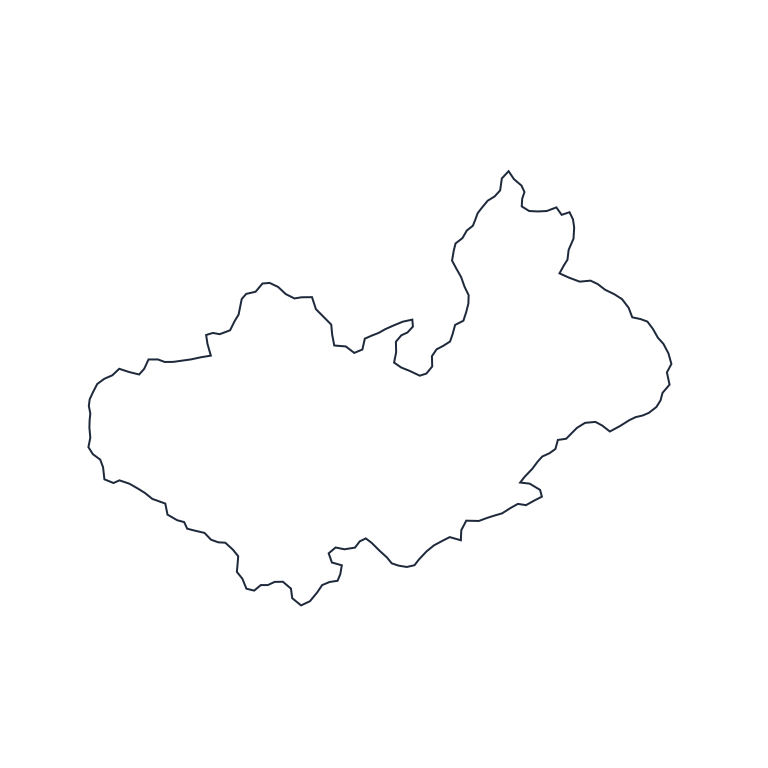 outline of Conceição do Pará, Minas Gerais, Brazil, rotated 122°
{"feature_id": "56859067B72885282662281", "entity_name": "Conceição do Pará", "entity_type": "district", "adm_level": 2, "iso_a3": "BRA", "parent_name": "Brazil", "parent_adm1": "Minas Gerais", "projection": "orthographic", "projection_center": [-44.879, -19.79], "detail": "fine", "context": "isolated", "style": "outline", "palette": "slate", "viewbox_px": 768, "rotation_deg": 122, "n_neighbors": 0, "source": "geoboundaries", "source_scale": "gbopen_adm2", "svg_char_len": 2902}
<svg xmlns="http://www.w3.org/2000/svg" viewBox="0 0 768 768"><g transform="rotate(122 384 384)"><path d="M485.1,250.8L479.0,247.1L475.8,236.0L467.0,241.0L456.3,241.8L449.9,231.0L442.7,225.4L437.4,220.9L431.1,215.3L422.1,211.0L414.7,206.9L411.5,199.4L403.2,194.8L395.9,190.4L391.1,195.5L391.3,207.6L395.4,216.3L388.4,215.6L377.3,213.3L368.7,212.6L361.7,211.4L354.9,206.9L348.2,204.2L339.3,206.9L333.9,200.5L325.4,198.6L318.9,197.1L310.4,192.9L304.1,184.6L303.6,177.0L304.6,167.3L294.8,161.7L284.5,156.7L278.7,153.0L273.7,148.0L268.1,144.1L259.1,140.8L251.4,140.8L243.9,143.1L233.2,141.5L224.3,150.2L214.7,150.9L207.3,159.0L201.9,168.3L199.6,176.3L194.8,185.1L191.5,193.7L193.0,200.9L195.9,208.8L189.8,216.8L185.9,227.1L185.8,236.1L186.9,246.4L186.0,255.8L186.9,263.6L193.5,272.3L195.8,283.6L197.2,293.8L188.1,294.3L181.3,294.3L172.4,298.5L160.3,300.3L150.6,305.6L144.3,310.9L140.0,317.7L146.4,323.0L142.9,331.4L151.1,337.7L156.1,344.9L160.4,352.6L160.4,361.3L153.6,365.0L146.8,366.6L142.9,372.5L141.4,382.4L137.5,391.1L147.2,393.0L158.3,388.1L166.4,389.6L173.6,393.2L182.7,394.4L189.5,395.1L196.0,393.7L202.7,392.5L209.9,395.1L218.7,394.8L226.9,397.8L233.7,395.6L243.3,391.7L247.6,384.2L252.5,375.2L258.8,367.3L263.8,359.3L271.0,355.1L279.4,352.4L288.3,350.2L296.2,355.0L305.9,352.1L313.0,350.5L320.3,354.0L326.8,357.8L335.0,358.1L343.6,352.4L352.7,353.6L358.0,358.1L359.3,369.2L360.9,378.2L360.5,386.8L350.7,390.5L341.8,396.3L333.5,395.1L327.9,391.4L320.0,389.9L314.4,394.1L321.2,401.1L330.3,407.6L336.7,411.9L343.5,415.6L349.1,419.8L355.7,424.3L366.2,420.6L373.4,425.7L372.4,436.3L377.7,446.6L369.5,454.2L361.6,460.2L359.1,470.8L356.6,481.4L348.5,491.1L354.1,499.8L358.9,505.3L359.8,515.0L357.8,525.2L358.9,534.6L363.2,540.3L373.8,541.8L380.6,548.6L387.3,549.7L395.0,546.8L402.2,544.1L409.7,544.0L420.0,543.0L428.8,549.7L431.4,556.2L436.7,560.8L443.4,555.1L451.7,545.9L458.5,553.6L465.4,560.7L470.5,566.8L476.9,574.4L481.5,581.6L483.0,588.8L488.0,596.7L498.2,595.4L505.7,596.7L508.9,606.5L511.4,616.6L520.6,619.0L527.7,623.9L535.9,627.2L544.7,626.5L552.9,625.5L559.0,622.7L564.7,617.4L570.8,614.4L577.0,610.8L585.2,604.6L594.2,601.2L597.8,593.7L598.5,584.6L603.5,578.1L613.0,570.6L611.3,560.9L605.9,557.3L603.5,547.2L603.1,537.4L603.1,529.0L604.2,519.6L601.3,506.1L609.5,498.4L609.1,487.1L607.0,480.3L611.0,474.2L608.8,467.3L605.4,457.3L607.7,448.2L606.1,440.7L602.7,434.5L604.5,424.6L607.3,416.4L613.8,413.0L621.3,409.2L624.2,400.9L630.5,392.2L628.0,384.6L619.8,381.9L616.1,376.0L609.8,371.9L605.3,365.0L606.8,354.5L614.3,348.3L615.7,337.0L607.5,331.7L596.0,330.2L587.3,329.9L580.8,325.3L575.5,319.1L568.4,320.3L560.1,323.7L563.0,333.6L556.9,341.2L548.3,338.4L545.1,329.9L538.1,321.9L530.3,321.2L524.6,317.6L525.3,310.1L527.8,299.2L529.5,289.7L532.0,282.4L530.3,275.4L527.1,267.7L521.5,262.1L514.4,261.4L503.3,259.2L494.3,256.1L485.1,250.8Z" fill="none" stroke="#1e293b" stroke-width="2"/></g></svg>